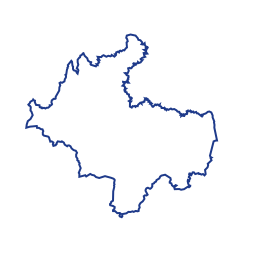 Dak Glong, Đắk Nông, Vietnam (Mercator projection), rotated 315°
{"feature_id": "81297802B52664178073196", "entity_name": "Dak Glong", "entity_type": "district", "adm_level": 2, "iso_a3": "VNM", "parent_name": "Vietnam", "parent_adm1": "Đắk Nông", "projection": "mercator", "projection_center": [107.93, 12.03], "detail": "fine", "context": "isolated", "style": "outline", "palette": "blue", "viewbox_px": 256, "rotation_deg": 315, "n_neighbors": 0, "source": "geoboundaries", "source_scale": "gbopen_adm2", "svg_char_len": 5782}
<svg xmlns="http://www.w3.org/2000/svg" viewBox="0 0 256 256"><g transform="rotate(315 128 128)"><path d="M121.9,209.2L124.4,210.9L128.7,211.8L129.2,213.0L130.7,213.2L131.2,212.8L130.6,211.9L131.2,209.9L132.6,207.8L133.5,207.2L133.8,208.7L134.9,207.9L136.2,207.7L136.5,207.0L136.2,205.8L136.7,205.4L138.1,205.4L138.5,203.9L139.3,203.6L139.8,204.1L139.7,206.0L142.3,205.1L143.2,205.9L143.0,208.1L146.0,209.8L145.7,210.8L146.7,211.7L146.9,212.8L148.5,213.6L148.6,215.6L150.3,215.5L152.9,212.1L156.4,212.1L158.5,210.9L159.1,209.7L164.2,209.9L165.1,207.7L166.2,208.0L165.9,206.9L166.3,205.6L179.1,198.0L181.0,198.8L182.1,199.8L189.3,188.8L191.3,187.0L192.9,184.7L193.6,184.4L195.3,180.4L196.7,179.0L197.9,175.9L197.2,173.9L195.9,173.0L193.3,172.7L190.9,171.5L189.8,171.9L190.1,171.3L189.5,170.7L188.3,171.3L187.8,167.0L187.1,166.4L187.5,164.8L185.5,163.9L185.8,162.6L184.6,162.1L184.7,161.3L183.9,161.3L184.2,159.8L183.6,159.9L182.2,158.7L182.6,158.0L181.3,157.6L180.2,159.5L179.5,159.8L178.3,158.6L176.8,159.1L176.7,158.1L175.9,158.8L175.6,158.4L176.3,157.5L174.2,157.2L175.3,156.4L174.6,155.8L175.5,155.5L175.1,153.8L175.7,152.8L174.6,151.4L174.8,149.9L174.1,147.3L172.3,146.0L172.1,144.6L169.4,143.7L169.0,142.3L167.8,142.5L168.0,140.8L167.5,141.3L167.2,141.0L167.8,139.5L165.9,137.6L166.6,136.4L165.9,134.5L166.9,133.9L165.8,133.8L165.7,132.4L164.1,131.9L163.9,131.4L164.4,131.3L163.9,130.6L160.9,130.8L160.4,130.3L161.0,127.6L161.4,127.2L162.1,127.4L162.0,126.8L161.1,126.3L162.0,125.9L161.0,123.9L161.5,123.8L162.1,124.3L162.4,124.0L162.1,122.6L161.2,121.6L161.3,120.8L162.2,120.9L161.9,119.9L161.2,120.2L160.9,119.4L160.5,120.4L159.7,120.0L158.1,121.0L157.5,120.3L156.8,120.5L155.7,119.5L155.1,119.5L154.7,120.2L154.5,118.8L151.5,118.7L150.3,119.4L149.6,118.5L148.3,118.4L148.5,117.3L147.3,116.7L146.7,115.8L145.1,116.2L144.5,114.2L147.2,111.6L148.9,111.4L147.8,110.2L147.7,109.6L149.5,110.0L150.9,108.9L151.2,109.8L151.8,109.6L151.7,108.4L150.8,107.6L151.5,105.7L152.4,105.0L151.5,103.2L152.3,101.8L151.6,100.7L152.7,99.5L152.0,99.2L152.4,98.5L154.4,98.7L153.8,97.8L154.7,97.1L155.0,95.7L154.1,94.3L157.2,94.2L157.7,93.6L156.9,92.3L157.2,91.9L158.6,93.8L159.7,93.9L159.6,95.5L160.5,96.4L160.6,95.4L161.9,93.5L162.9,93.6L163.2,92.7L164.4,92.5L165.2,91.4L164.4,89.7L164.8,89.1L164.7,87.1L165.4,87.6L165.7,88.6L166.5,89.0L169.0,88.1L170.3,85.9L171.7,86.6L172.2,87.9L173.2,88.1L174.5,87.7L176.2,88.1L177.4,87.4L177.2,86.3L177.7,86.2L178.5,87.3L178.5,88.3L177.9,88.3L178.1,88.8L179.6,88.3L180.7,89.1L181.7,88.4L181.8,89.8L183.3,90.5L186.1,90.2L185.6,89.7L185.7,88.2L187.5,88.4L190.5,89.8L190.7,88.3L192.1,86.1L192.7,86.6L192.4,87.6L194.2,89.0L194.3,88.3L193.5,87.7L194.9,86.7L194.7,84.4L196.0,85.8L197.1,85.3L196.4,84.7L197.0,83.9L197.8,84.2L198.1,85.2L198.8,85.1L199.0,84.4L198.2,83.1L198.6,81.3L199.7,79.8L197.7,79.7L196.8,78.3L198.2,78.0L198.6,77.4L198.8,74.7L197.7,73.0L198.4,71.4L198.7,68.0L195.9,63.7L192.5,61.8L190.5,63.0L190.3,64.4L189.1,66.5L187.5,66.5L184.2,70.3L182.7,70.1L180.3,70.5L179.7,69.5L177.6,69.1L177.2,67.8L176.6,67.6L175.1,68.2L174.9,66.9L173.1,66.2L172.0,67.2L171.0,66.6L170.8,67.9L168.9,67.9L168.1,64.8L167.2,65.2L166.3,64.9L165.1,63.0L163.1,62.3L162.2,59.3L160.8,58.8L159.3,59.0L157.1,56.5L157.0,57.6L156.2,57.4L155.9,59.5L154.7,58.5L154.2,61.0L153.3,60.9L152.8,61.4L152.0,61.1L151.5,61.5L150.9,60.8L150.7,61.9L150.2,61.4L148.9,61.7L146.5,57.1L146.7,56.2L148.1,55.8L148.5,55.4L147.8,54.5L147.3,52.1L148.5,49.9L148.4,46.3L149.4,43.6L149.0,43.4L146.8,43.6L145.5,43.1L144.1,44.1L143.3,43.8L140.7,44.1L138.9,45.9L137.6,48.1L134.0,49.6L134.1,51.1L133.7,52.1L130.8,53.9L130.8,52.9L131.6,50.7L130.6,49.3L130.5,48.3L130.9,47.3L132.6,45.7L132.7,44.8L135.3,41.5L135.4,40.4L129.9,41.0L129.2,42.2L127.8,42.5L127.6,43.0L126.2,43.5L122.4,46.3L121.3,46.2L121.1,47.3L119.7,48.4L117.9,48.8L116.0,50.1L113.3,49.4L112.7,48.1L111.4,47.8L110.2,50.0L108.3,50.7L105.8,52.9L98.9,54.8L97.7,56.0L96.9,55.8L96.1,54.8L93.6,54.6L92.0,55.7L91.2,57.4L90.3,57.6L89.3,57.4L88.7,56.6L87.9,57.4L85.9,57.2L84.7,56.1L83.4,55.8L82.9,54.4L81.3,53.4L81.5,52.7L81.0,52.5L81.2,52.0L80.3,50.9L81.5,49.3L79.3,46.7L80.4,43.8L81.5,42.9L81.0,42.0L81.1,40.8L80.2,41.1L77.5,40.4L76.0,41.0L74.1,41.0L73.9,41.9L74.3,43.1L74.0,44.5L71.4,46.7L71.3,48.1L69.7,51.5L65.5,52.7L62.0,52.3L58.9,53.9L56.3,55.9L59.6,57.7L64.9,62.1L63.8,63.6L65.1,64.9L65.7,67.4L66.6,68.5L65.9,70.3L64.7,70.8L63.1,72.5L63.2,74.0L65.4,77.5L65.5,78.7L63.4,82.7L64.6,83.5L65.0,85.5L63.3,86.4L62.6,87.9L64.6,89.0L65.0,88.5L66.1,88.9L67.2,88.1L68.9,87.8L70.9,90.6L71.8,90.7L72.3,93.0L71.5,95.0L72.1,97.9L73.2,97.9L74.0,98.6L74.4,100.3L73.7,102.5L73.9,105.1L75.0,107.2L74.4,109.5L72.7,110.0L71.0,111.7L70.6,113.9L69.4,114.9L69.7,116.5L69.1,116.9L68.9,118.7L67.7,119.3L66.2,122.9L61.5,124.9L61.3,125.9L59.1,128.1L64.4,131.2L64.2,132.7L68.8,133.8L69.4,135.8L70.6,137.6L70.7,140.1L72.3,143.0L77.7,145.8L80.8,151.2L81.9,153.6L82.0,154.7L81.8,155.4L79.2,157.1L78.6,158.3L77.6,158.6L76.8,159.8L72.8,162.3L66.0,168.8L64.0,168.3L63.1,169.0L61.6,169.0L60.9,169.7L60.8,170.0L62.3,172.6L62.7,174.5L61.4,175.5L59.3,175.5L58.7,176.2L60.1,177.7L60.2,180.6L62.1,182.3L62.2,183.0L59.9,184.0L59.7,184.8L60.5,186.6L61.5,186.5L62.9,184.7L66.5,187.2L69.0,187.6L70.2,189.0L72.3,190.2L72.7,191.3L74.8,192.1L75.9,193.7L76.8,194.2L78.2,193.0L80.0,192.5L81.1,190.8L82.0,190.3L83.9,189.9L86.6,190.3L89.5,189.7L90.9,187.4L92.2,187.5L93.4,188.8L94.7,189.0L96.0,184.8L97.1,184.0L98.5,183.7L99.8,184.3L100.6,186.6L101.8,186.9L103.7,186.6L105.5,184.8L107.4,185.5L108.4,185.2L109.9,185.7L111.3,185.0L114.5,185.8L116.4,185.1L118.0,185.3L121.2,187.3L122.6,193.4L121.6,194.9L119.5,195.5L118.8,196.2L119.5,197.8L118.6,199.6L118.7,201.2L119.6,201.9L121.3,202.1L121.6,202.9L118.7,202.6L117.8,204.3L121.1,207.4L121.9,209.2Z" fill="none" stroke="#1e3a8a" stroke-width="2"/></g></svg>